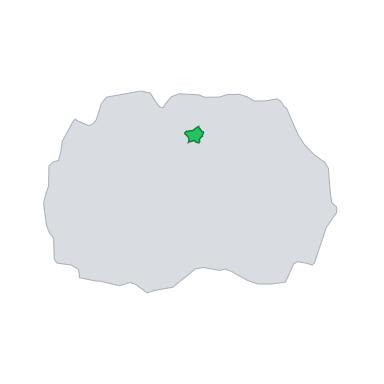 Ilinden highlighted on a map of North Macedonia, rotated 15°
{"feature_id": "MKD-2933", "entity_name": "Ilinden", "entity_type": "Statistical Region", "adm_level": 1, "iso_a3": "MKD", "parent_name": "North Macedonia", "parent_adm1": "", "projection": "equal_earth", "projection_center": [21.617, 41.98], "detail": "fine", "context": "in_parent", "style": "filled", "palette": "green", "viewbox_px": 384, "rotation_deg": 15, "n_neighbors": 0, "source": "natural_earth", "source_scale": "10m", "svg_char_len": 1875}
<svg xmlns="http://www.w3.org/2000/svg" viewBox="0 0 384 384"><g transform="rotate(15 192 192)"><path d="M173.5,96.4L179.7,97.2L193.4,93.4L201.9,88.2L206.2,87.4L212.0,85.4L220.3,85.7L228.7,88.0L239.4,85.0L249.9,80.1L254.1,81.3L258.6,85.4L261.6,86.6L279.1,108.6L288.7,117.5L300.0,124.2L312.9,129.2L317.6,133.9L325.9,157.3L329.9,166.3L335.3,168.9L336.7,171.5L336.9,174.9L330.9,191.4L328.7,228.5L327.1,231.4L320.7,231.2L312.1,232.0L308.9,234.9L305.6,254.9L291.8,260.6L279.3,263.8L268.7,263.1L250.2,258.4L244.1,257.9L239.0,260.6L222.4,262.0L215.1,265.5L198.1,288.9L180.8,297.0L174.9,301.1L161.7,295.9L155.4,295.4L146.2,301.3L126.1,301.9L120.7,303.0L105.2,303.9L104.6,300.7L101.8,296.0L94.6,293.8L79.8,295.6L76.2,292.2L70.3,272.3L65.6,269.1L60.3,262.4L51.4,240.9L51.3,231.4L51.9,223.2L47.1,203.9L50.2,199.0L54.8,196.0L54.9,188.2L53.6,176.4L59.2,153.3L60.7,151.7L62.1,152.8L75.2,154.6L78.7,151.7L80.8,147.1L81.6,130.2L84.8,122.5L116.7,107.6L126.0,107.1L133.2,113.9L138.8,118.2L142.3,118.1L143.5,113.7L147.4,105.3L153.9,100.5L173.3,96.4L173.5,96.4Z" fill="#d9dde1" stroke="#a8b0b8" stroke-width="1"/><path d="M175.7,144.8L175.7,144.7L175.6,143.4L175.6,142.3L175.1,141.3L174.5,140.3L173.8,139.7L172.9,139.2L172.0,138.5L171.2,138.2L170.1,137.6L169.8,137.1L169.8,136.6L170.4,135.6L170.9,134.8L171.2,135.1L171.7,135.0L172.3,134.4L173.0,134.0L174.2,133.3L175.3,133.0L176.3,132.9L177.1,132.1L178.4,130.5L179.4,129.1L180.8,127.6L181.5,127.0L181.8,128.0L183.2,128.7L184.5,129.9L185.8,131.0L186.7,131.0L187.4,131.0L187.7,131.5L187.7,132.8L187.5,133.6L187.3,134.6L187.3,135.2L187.5,135.4L187.2,135.5L186.6,136.8L186.0,138.1L185.7,138.8L185.5,139.4L185.5,140.0L186.2,140.6L186.4,141.9L186.1,142.7L185.3,142.8L184.1,142.8L183.1,142.9L182.2,142.4L181.2,141.6L180.2,141.6L179.5,142.7L178.1,143.3L176.9,144.1L176.0,144.4L175.7,144.8Z" fill="#22c55e" stroke="#15803d" stroke-width="1.5"/></g></svg>